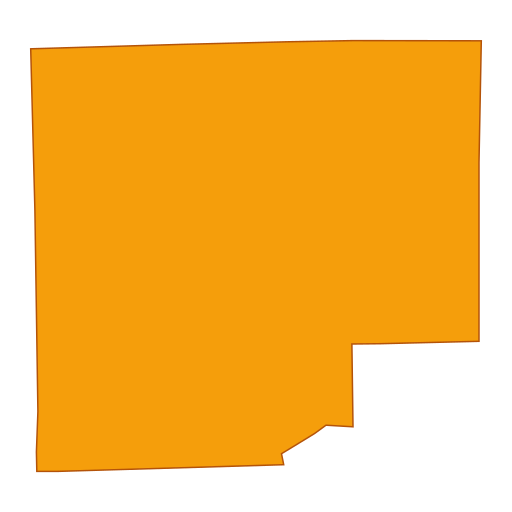 the district of Bartholomew, Indiana, United States of America
{"feature_id": "52423323B99748552425099", "entity_name": "Bartholomew", "entity_type": "district", "adm_level": 2, "iso_a3": "USA", "parent_name": "United States of America", "parent_adm1": "Indiana", "projection": "robinson", "projection_center": [-85.902, 39.193], "detail": "fine", "context": "isolated", "style": "filled", "palette": "amber", "viewbox_px": 512, "rotation_deg": 0, "n_neighbors": 0, "source": "geoboundaries", "source_scale": "gbopen_adm2", "svg_char_len": 381}
<svg xmlns="http://www.w3.org/2000/svg" viewBox="0 0 512 512"><path d="M30.7,48.8L34.9,210.5L37.9,411.6L36.4,451.9L36.8,471.4L57.3,471.4L283.7,464.7L281.5,453.7L298.6,443.3L314.6,433.5L326.0,425.2L353.0,426.8L351.9,344.0L380.5,343.7L479.0,341.3L479.0,162.3L481.3,40.8L352.9,40.6L287.0,41.8L180.8,44.4L95.7,46.9L30.7,48.8Z" fill="#f59e0b" stroke="#b45309" stroke-width="1.5"/></svg>